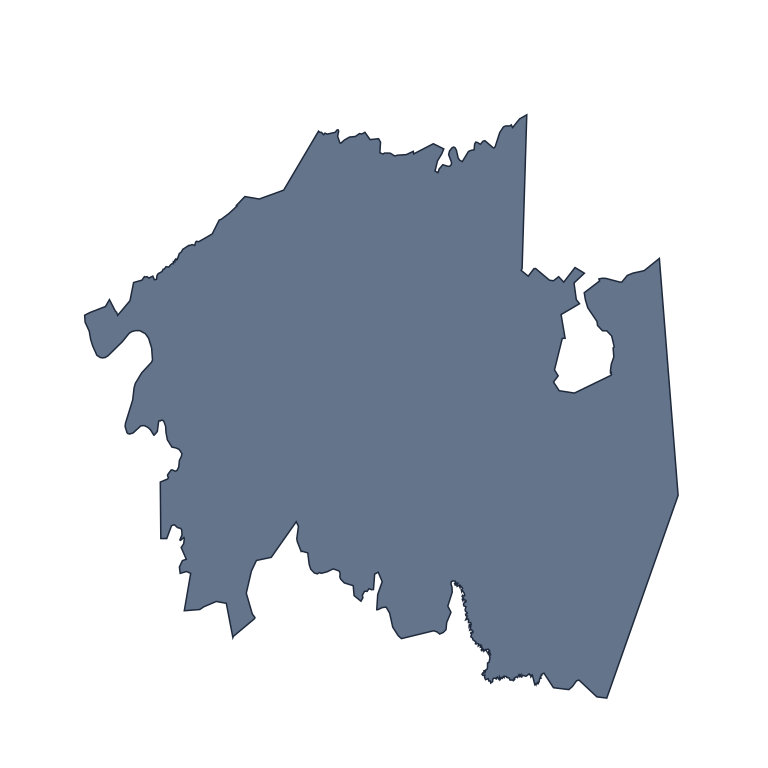 the district of Virešu pag., Apes, Latvia, rotated 277°
{"feature_id": "27541924B12272202930489", "entity_name": "Virešu pag.", "entity_type": "district", "adm_level": 2, "iso_a3": "LVA", "parent_name": "Latvia", "parent_adm1": "Apes", "projection": "robinson", "projection_center": [26.356, 57.405], "detail": "fine", "context": "isolated", "style": "filled", "palette": "slate", "viewbox_px": 768, "rotation_deg": 277, "n_neighbors": 0, "source": "geoboundaries", "source_scale": "gbopen_adm2", "svg_char_len": 6160}
<svg xmlns="http://www.w3.org/2000/svg" viewBox="0 0 768 768"><g transform="rotate(277 384 384)"><path d="M259.4,173.9L203.4,181.3L204.1,187.2L217.5,190.4L218.8,193.0L216.3,196.6L215.9,199.7L214.4,201.0L209.8,201.9L204.4,200.4L204.0,201.1L207.2,204.1L206.1,204.7L200.9,204.6L197.0,202.6L186.0,209.1L184.1,205.4L177.4,203.2L171.2,204.8L173.8,210.8L172.5,215.2L134.6,213.4L137.7,228.6L140.9,232.3L147.7,244.0L147.1,254.2L113.9,264.9L115.1,265.2L135.3,284.1L136.5,284.4L139.7,281.3L159.6,272.8L182.2,275.2L193.3,278.9L198.2,293.2L236.6,313.7L232.3,316.4L219.9,316.3L217.1,317.1L207.6,322.2L208.0,323.0L207.1,328.9L195.9,331.7L191.3,333.8L188.0,337.8L187.4,340.9L189.0,343.1L188.4,344.8L190.7,350.5L194.3,356.1L193.0,362.1L190.9,363.5L187.0,363.7L185.0,364.8L181.7,368.9L180.1,378.0L170.3,380.1L165.6,387.6L169.2,389.1L171.8,388.3L176.0,390.0L176.1,392.5L179.0,394.0L178.3,396.8L178.7,398.6L194.2,397.9L196.5,401.2L187.6,406.3L174.4,403.4L159.1,404.3L159.2,405.3L161.9,409.6L162.8,413.3L157.3,417.5L143.7,422.3L135.9,428.8L133.4,432.3L145.1,463.3L144.4,466.9L142.6,469.7L144.6,473.1L147.7,475.5L154.9,475.3L165.6,478.3L171.3,474.4L185.8,477.1L190.4,476.3L193.9,474.8L196.2,475.0L197.1,477.3L197.0,478.6L196.1,479.5L194.7,478.3L193.1,479.2L193.4,480.0L194.7,480.2L195.2,481.5L193.7,480.8L192.1,481.2L193.3,483.0L191.2,484.3L193.2,484.3L190.9,486.9L188.7,486.0L187.6,486.4L188.9,486.7L186.2,489.1L184.2,489.9L183.4,489.3L183.9,487.7L182.7,487.4L181.1,488.8L179.9,487.9L178.5,488.7L180.5,489.1L179.5,489.8L179.4,491.3L178.9,491.8L177.0,491.8L178.4,491.2L175.3,489.7L173.6,490.2L172.9,492.5L169.9,492.0L168.4,492.5L167.1,494.5L166.1,494.2L165.5,493.0L164.1,493.5L163.8,495.0L160.0,493.9L161.0,495.6L160.8,496.5L157.5,496.9L157.8,499.1L155.9,499.9L155.3,499.5L155.7,498.3L155.2,497.9L153.4,498.1L154.3,498.6L153.9,499.7L150.1,499.1L150.9,500.6L149.3,502.5L148.0,502.4L148.2,500.8L147.4,500.4L146.2,501.5L143.7,500.9L142.5,503.0L141.0,503.4L139.3,506.5L137.3,506.4L137.1,507.2L137.8,507.5L137.7,509.5L135.4,509.5L136.8,511.4L136.7,512.1L134.6,511.8L135.2,513.0L134.2,513.0L133.6,514.0L132.2,512.9L131.2,513.3L131.4,513.9L132.5,514.2L132.5,515.1L130.9,515.7L132.7,517.0L131.7,518.1L132.7,517.9L133.6,519.6L132.4,521.2L130.1,519.4L128.7,520.6L130.5,521.0L130.7,521.8L129.4,521.9L128.3,522.8L127.7,521.6L124.9,522.6L120.5,522.1L119.7,520.8L114.8,521.3L113.6,521.0L112.7,519.9L110.7,519.6L111.7,518.7L111.5,518.1L109.4,518.4L109.4,517.4L107.8,516.6L106.8,517.7L107.4,519.5L105.3,519.5L102.9,520.8L104.2,523.3L101.9,524.4L102.3,525.5L101.9,525.8L100.2,526.4L101.8,528.1L104.5,528.0L105.2,528.7L105.6,530.7L104.4,531.7L105.9,531.4L106.9,532.2L104.6,534.3L107.2,534.4L105.2,535.6L106.9,536.3L106.3,537.2L107.6,537.7L107.2,539.0L108.6,538.8L108.5,541.4L107.7,541.7L107.3,544.2L105.5,545.1L105.9,548.1L105.3,548.5L106.7,549.7L107.7,549.0L109.5,551.2L108.9,552.3L111.9,553.4L110.6,554.2L111.7,554.4L112.2,555.2L110.5,554.8L109.9,556.4L111.7,556.9L111.2,560.6L114.0,563.4L113.0,564.3L113.2,565.1L111.2,565.5L113.0,566.8L104.0,570.3L104.8,570.9L104.0,571.5L105.0,571.6L105.1,572.6L106.4,572.7L105.8,573.6L106.6,573.5L107.0,574.2L110.7,574.4L111.1,575.7L112.7,574.8L114.0,576.1L114.9,575.6L116.5,578.0L103.2,589.2L103.2,604.7L106.7,607.9L112.9,611.3L113.9,613.6L99.4,633.4L99.4,643.4L309.3,689.5L542.2,642.0L528.2,628.4L524.4,617.6L521.4,612.2L514.1,607.6L513.9,605.7L515.9,591.1L515.5,587.6L514.5,584.5L512.5,585.4L499.0,571.6L492.2,573.6L484.4,577.0L472.0,587.8L468.1,588.8L463.5,594.3L463.9,598.6L459.4,604.1L448.9,608.0L447.7,607.0L438.9,608.8L431.4,607.2L425.0,607.1L423.6,607.3L424.0,607.6L422.9,608.3L422.1,607.8L421.2,608.7L420.2,608.1L398.2,574.1L398.7,558.7L406.6,552.0L413.3,555.9L418.8,551.5L451.1,555.4L451.4,558.2L474.5,551.3L487.5,568.3L491.2,564.6L507.4,560.3L518.4,569.4L522.9,559.4L507.0,550.0L511.8,544.3L507.1,539.6L507.2,535.6L517.1,520.4L516.8,518.8L508.6,514.0L513.5,506.3L515.5,507.0L668.6,492.9L663.7,486.3L654.2,480.4L656.7,478.7L655.5,477.5L654.9,473.2L653.7,471.2L647.6,468.2L633.0,465.4L631.8,464.5L631.7,463.7L637.8,454.5L637.1,452.7L633.6,450.4L635.1,447.4L635.3,445.6L633.2,444.7L627.4,444.9L626.5,441.9L625.1,439.5L614.3,434.6L615.3,431.9L617.3,430.1L624.8,427.4L627.0,425.9L627.7,424.3L626.7,422.7L623.2,420.6L619.5,420.2L612.2,424.0L610.1,424.1L608.5,423.1L607.8,421.4L608.8,415.6L604.0,412.5L600.3,411.8L601.6,408.7L611.9,409.9L619.3,413.2L624.6,414.7L628.5,403.7L616.0,385.4L618.5,384.7L614.4,378.2L612.7,369.3L611.6,366.9L613.9,362.0L613.3,356.4L612.1,354.9L613.1,351.7L623.6,351.1L626.8,348.7L624.9,340.4L631.5,334.4L629.4,331.5L629.6,329.2L626.2,325.4L624.9,319.7L621.3,314.9L617.6,311.7L618.2,310.7L624.1,307.8L629.4,308.2L630.7,307.5L630.4,306.4L627.9,304.9L625.1,297.2L625.8,294.8L624.1,293.6L626.2,291.2L625.9,289.6L627.0,288.2L564.2,260.8L552.4,237.6L553.1,223.1L543.2,215.7L542.8,216.4L534.3,209.3L527.8,202.5L526.6,200.4L512.0,195.2L502.7,182.8L502.8,180.5L502.0,179.8L498.5,179.2L499.0,176.5L497.7,174.2L497.9,173.5L493.2,167.9L490.2,166.6L488.5,164.9L482.3,163.6L481.9,162.8L482.8,162.2L481.4,161.2L479.8,161.6L479.9,160.0L477.8,160.3L477.8,159.3L476.5,157.8L473.8,156.1L473.9,153.4L471.4,152.0L471.0,150.8L468.6,150.0L465.9,146.3L463.7,145.4L460.2,145.5L459.5,143.4L462.9,141.4L460.5,137.7L461.7,135.7L461.1,134.0L461.4,133.1L457.6,131.1L454.2,123.1L435.7,121.7L419.7,111.3L422.6,109.9L423.7,108.4L434.3,101.2L427.0,98.1L419.1,83.4L415.8,78.5L408.9,79.8L400.5,85.0L392.5,87.4L386.5,90.1L377.5,95.5L375.7,99.2L375.6,101.5L376.3,104.0L378.2,106.5L394.3,119.3L403.2,124.8L405.4,127.5L406.7,130.9L407.2,135.2L404.8,141.1L400.7,144.8L391.3,149.0L379.6,151.3L377.3,150.6L365.5,142.1L354.3,137.1L349.8,136.4L337.5,136.5L313.7,132.2L310.3,132.2L304.5,134.8L303.7,135.6L303.3,137.5L304.8,140.9L312.8,147.7L313.5,151.0L312.2,154.9L310.0,157.9L305.2,161.7L305.3,162.2L309.2,164.8L319.6,164.9L320.2,165.4L320.0,166.3L320.8,167.2L321.0,168.9L319.8,170.2L315.4,172.4L309.4,173.5L302.2,175.8L295.5,181.2L295.2,185.2L294.1,188.7L290.4,191.8L287.9,191.8L283.1,190.2L276.7,190.4L273.0,189.1L272.0,187.5L273.0,184.1L272.7,183.2L268.0,180.5L266.5,180.3L264.7,181.5L263.3,180.7L259.4,173.9Z" fill="#64748b" stroke="#1e293b" stroke-width="1.5"/></g></svg>